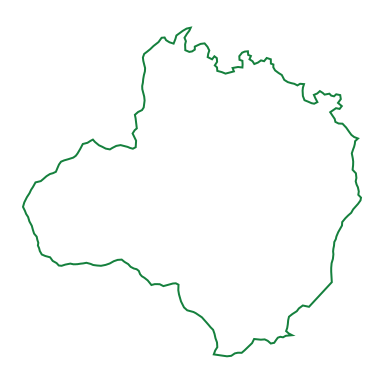 the district of Batatais, São Paulo, Brazil
{"feature_id": "56859067B57164081462165", "entity_name": "Batatais", "entity_type": "district", "adm_level": 2, "iso_a3": "BRA", "parent_name": "Brazil", "parent_adm1": "São Paulo", "projection": "albers", "projection_center": [-47.578, -20.866], "detail": "fine", "context": "isolated", "style": "outline", "palette": "green", "viewbox_px": 384, "rotation_deg": 0, "n_neighbors": 0, "source": "geoboundaries", "source_scale": "gbopen_adm2", "svg_char_len": 3700}
<svg xmlns="http://www.w3.org/2000/svg" viewBox="0 0 384 384"><path d="M358.0,138.5L354.1,137.0L351.4,134.9L349.2,131.9L346.2,127.6L342.5,123.7L338.6,123.5L335.4,121.9L334.7,118.9L332.6,115.8L330.2,112.2L333.4,110.0L336.0,108.2L339.6,108.9L341.8,106.1L338.0,102.9L340.8,99.1L340.2,95.1L336.2,94.3L334.0,96.3L331.2,95.6L329.4,93.7L324.6,94.6L322.7,92.9L319.9,91.1L317.2,93.5L313.9,94.9L315.3,98.1L317.4,102.1L314.2,103.7L311.6,103.2L308.2,101.7L304.5,100.2L302.9,96.0L302.6,90.6L302.9,87.7L304.0,84.1L300.1,83.8L297.4,85.4L294.3,83.8L291.5,83.2L287.8,82.1L284.3,79.9L281.8,75.0L278.6,73.0L275.1,70.4L273.3,67.3L273.4,64.5L270.9,63.6L270.8,59.3L266.7,58.0L264.1,61.2L261.0,60.4L257.9,62.6L254.3,64.0L252.5,61.2L249.5,59.3L250.9,56.0L248.2,54.9L247.9,51.3L244.7,51.6L242.1,52.7L239.3,56.2L239.5,59.8L242.4,60.8L242.6,64.4L242.4,67.5L238.0,67.0L232.6,68.0L233.9,71.4L231.3,72.1L225.5,73.6L221.8,72.1L217.3,70.9L217.0,67.4L214.8,65.4L217.1,61.8L216.8,58.1L214.4,56.3L212.1,59.3L207.7,57.1L208.2,53.9L209.3,50.5L207.5,46.8L204.6,43.4L200.6,43.9L194.8,46.6L194.8,49.6L192.1,51.4L189.3,51.9L185.3,50.2L185.1,44.4L185.9,41.2L184.5,37.8L186.9,33.9L189.4,30.6L190.7,27.7L186.6,28.6L182.7,30.9L176.4,35.5L175.4,39.0L173.6,43.6L169.5,42.3L166.1,40.2L164.6,37.5L161.6,37.8L158.5,42.1L153.5,46.0L150.3,49.1L147.1,51.7L144.2,53.9L142.9,57.5L143.3,60.9L144.3,65.0L145.1,68.1L144.9,71.4L143.9,75.2L143.2,79.2L142.9,82.6L142.2,86.0L142.3,89.2L144.2,96.6L144.6,100.5L143.7,107.5L142.0,110.1L138.1,112.0L134.9,114.8L135.6,118.3L136.8,128.4L134.7,130.2L132.6,133.5L136.1,140.7L135.7,147.2L132.9,148.7L130.2,148.0L127.6,146.9L120.6,145.1L116.3,145.9L112.4,147.9L109.9,149.4L105.7,148.6L102.3,146.8L99.0,145.3L94.9,141.9L92.9,139.6L90.6,140.8L87.5,142.8L82.8,144.0L80.3,148.8L77.6,153.4L75.8,155.8L73.3,157.6L68.3,159.2L64.1,160.4L61.0,161.7L59.0,164.5L57.6,167.7L55.9,171.8L52.9,173.2L50.0,174.0L46.5,176.2L43.2,179.1L40.8,181.1L35.5,182.4L33.0,186.9L31.1,189.8L29.5,193.2L26.9,197.2L24.3,202.4L23.0,206.9L25.0,211.0L26.1,213.9L28.1,217.0L29.4,221.4L31.8,225.8L33.0,230.2L34.1,233.6L36.7,236.7L37.3,239.7L38.3,242.8L37.9,245.5L39.1,248.2L39.8,251.0L41.8,254.5L45.3,256.0L50.1,257.3L52.7,260.9L56.6,263.1L58.8,265.5L61.6,265.8L65.3,264.6L70.3,263.6L73.5,264.3L77.2,264.2L80.4,263.7L83.2,263.4L86.4,262.8L90.6,263.9L93.2,265.0L97.0,265.5L101.0,265.8L105.6,264.9L109.7,263.5L113.8,261.2L117.6,259.9L121.7,259.6L124.5,261.9L128.2,264.1L130.6,266.8L133.8,268.5L136.6,269.2L138.8,270.9L140.1,274.2L141.8,276.2L144.4,277.8L147.7,280.4L151.4,285.0L154.9,284.1L159.7,284.2L163.4,286.1L167.5,285.0L172.9,283.5L175.8,283.3L178.5,284.7L178.3,290.2L179.0,294.4L181.0,301.4L184.0,307.4L187.2,310.3L193.5,312.0L195.8,313.2L201.9,317.3L208.6,324.9L210.5,327.2L213.1,329.8L214.5,333.8L215.5,338.3L217.0,342.4L217.3,347.2L215.2,350.5L213.8,354.4L227.0,356.3L231.3,355.8L234.8,353.4L238.0,352.7L241.7,352.8L244.5,350.4L252.1,343.1L254.1,339.0L260.8,339.7L264.7,339.4L267.7,340.8L270.8,343.5L274.2,342.8L276.1,340.0L277.8,337.7L280.3,336.8L283.0,337.3L285.8,335.8L292.1,335.2L288.8,333.5L286.1,331.1L287.2,328.0L287.8,324.3L288.2,320.1L289.0,316.7L292.3,314.1L296.8,311.2L298.9,308.4L302.8,305.5L309.0,306.8L331.8,282.2L331.2,271.6L331.2,267.9L331.6,263.2L332.9,258.9L333.4,254.3L333.1,251.4L333.4,248.6L334.0,245.8L334.3,242.0L335.8,239.2L336.4,236.5L338.2,232.2L342.0,225.5L342.2,222.1L345.3,218.3L348.1,215.5L351.2,212.8L353.1,209.4L355.5,206.7L358.0,203.9L360.5,200.4L361.0,197.6L358.3,194.8L358.8,191.5L357.9,187.3L356.6,184.6L355.7,181.3L356.4,178.0L355.9,173.3L352.6,169.8L353.1,165.2L353.2,161.6L352.8,158.5L351.8,153.4L353.1,149.4L354.1,146.8L354.8,144.0L355.1,141.2L358.0,138.5Z" fill="none" stroke="#15803d" stroke-width="2"/></svg>